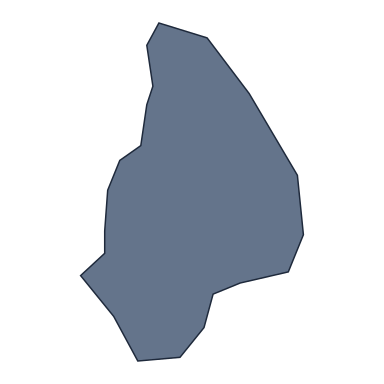 SVG path tracing the border of Għaxaq
{"feature_id": "MLT-5967", "entity_name": "Għaxaq", "entity_type": "state/province", "adm_level": 1, "iso_a3": "MLT", "parent_name": "Malta", "parent_adm1": "", "projection": "mercator", "projection_center": [14.513, 35.843], "detail": "fine", "context": "isolated", "style": "filled", "palette": "slate", "viewbox_px": 384, "rotation_deg": 0, "n_neighbors": 0, "source": "natural_earth", "source_scale": "10m", "svg_char_len": 390}
<svg xmlns="http://www.w3.org/2000/svg" viewBox="0 0 384 384"><path d="M303.4,234.7L288.3,271.9L240.2,283.0L213.1,294.1L204.0,327.6L180.0,357.3L137.8,361.0L113.7,316.4L80.6,275.6L104.7,253.3L104.7,231.0L107.7,190.2L119.8,160.4L140.8,145.6L146.8,104.7L152.9,86.2L146.8,45.3L158.9,23.0L207.1,37.9L249.2,93.6L297.4,175.3L303.4,234.7Z" fill="#64748b" stroke="#1e293b" stroke-width="1.5"/></svg>